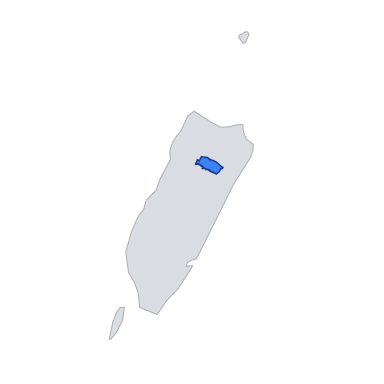 location of Lares, Puerto Rico, rotated 115°
{"feature_id": "32010507B37684321987765", "entity_name": "Lares", "entity_type": "district", "adm_level": 2, "iso_a3": "PRI", "parent_name": "Puerto Rico", "parent_adm1": "", "projection": "orthographic", "projection_center": [-66.852, 18.269], "detail": "fine", "context": "in_parent", "style": "filled", "palette": "blue", "viewbox_px": 384, "rotation_deg": 115, "n_neighbors": 0, "source": "geoboundaries", "source_scale": "gbopen_adm2", "svg_char_len": 3156}
<svg xmlns="http://www.w3.org/2000/svg" viewBox="0 0 384 384"><g transform="rotate(115 192 192)"><path d="M253.9,163.7L257.8,166.3L261.7,165.9L258.6,160.4L261.4,160.4L285.8,163.7L301.5,169.2L317.7,171.8L318.8,190.5L306.4,198.0L298.3,205.9L291.8,215.5L274.4,226.7L253.4,230.1L239.4,230.5L234.2,230.1L229.1,228.3L218.5,230.1L205.5,225.2L194.3,226.5L172.1,225.3L163.8,229.6L155.8,230.5L148.0,229.7L141.3,227.8L124.9,228.0L117.9,224.3L120.8,203.0L121.1,193.4L117.1,185.5L112.6,180.5L109.4,174.6L115.9,170.7L121.2,165.0L122.9,156.5L128.7,154.4L135.5,153.5L166.9,157.5L246.4,159.6L250.9,160.2L253.9,163.7ZM343.8,208.7L333.8,209.6L327.3,208.5L325.1,204.6L337.2,200.7L351.3,201.2L359.4,203.3L360.5,204.8L343.8,208.7ZM31.7,215.1L30.6,215.3L29.4,215.1L28.8,214.7L28.0,213.5L24.4,211.5L23.5,209.6L24.4,207.7L25.9,206.9L33.2,206.7L34.0,206.9L35.5,208.3L35.5,209.3L34.8,210.2L33.5,212.5L32.9,213.1L32.5,213.7L32.3,214.8L31.7,215.1Z" fill="#d9dde1" stroke="#a8b0b8" stroke-width="1"/><path d="M165.2,180.2L165.4,178.8L165.4,178.6L165.5,177.5L164.9,177.3L163.9,176.8L163.1,176.5L162.6,176.4L162.4,176.1L162.0,176.1L161.8,175.9L161.6,175.9L160.5,175.8L159.4,175.8L159.2,175.7L158.8,175.7L158.7,175.7L158.5,175.4L158.3,175.2L158.3,174.9L158.1,174.6L157.7,174.5L157.6,174.3L157.4,174.3L156.9,174.2L156.7,174.3L156.8,174.4L156.8,174.5L156.3,176.7L156.1,177.6L155.2,180.3L155.2,180.7L155.1,181.2L154.5,182.9L154.5,183.7L154.5,183.9L154.6,184.2L154.5,185.7L154.5,186.2L154.8,186.9L154.7,187.7L154.9,188.3L154.8,188.6L154.7,189.6L154.9,189.6L155.1,189.8L154.9,189.9L154.8,190.3L154.9,190.5L154.7,190.8L154.7,191.1L154.4,191.4L154.3,191.8L154.2,192.3L154.3,192.9L155.2,195.6L156.1,198.4L156.5,198.4L158.9,198.4L159.0,198.5L159.5,198.4L159.9,198.4L160.1,198.5L160.4,198.5L160.4,198.8L160.6,198.8L160.4,199.2L160.6,199.2L160.6,199.6L160.8,199.8L160.8,200.0L160.6,200.0L160.6,200.3L160.7,200.2L161.1,200.3L161.2,200.5L161.3,200.4L161.4,200.5L161.7,200.5L162.0,200.6L162.6,200.5L163.0,200.5L163.9,200.7L164.4,200.7L164.6,200.6L164.9,200.7L165.1,200.6L165.1,200.4L165.3,200.4L165.4,200.2L165.1,200.1L165.1,199.9L165.1,199.7L164.9,199.5L164.5,199.4L164.3,199.1L164.1,199.0L164.2,198.8L163.9,198.6L164.0,198.4L164.0,198.0L163.8,197.7L164.3,197.5L164.4,197.3L164.1,196.9L164.2,196.5L164.2,196.3L164.1,195.7L163.9,195.5L164.1,195.4L164.4,194.7L164.2,194.7L164.1,194.3L164.2,194.0L164.4,193.9L164.6,193.9L164.8,194.0L164.8,193.6L164.7,193.3L164.4,193.2L164.3,192.9L164.8,192.4L165.3,192.3L165.6,192.4L166.0,192.5L166.3,192.6L166.4,192.1L166.0,191.8L165.6,191.4L165.6,191.2L165.5,190.9L165.3,190.8L165.1,190.8L165.1,190.3L165.2,190.1L165.1,189.9L165.1,189.6L165.3,189.5L165.2,189.4L165.2,189.1L165.0,188.6L165.2,188.3L165.4,188.3L165.2,188.1L165.3,187.7L164.9,187.4L164.9,187.2L165.1,186.9L165.0,186.5L165.1,186.3L164.7,186.3L164.7,186.1L164.6,185.9L164.9,185.6L164.7,185.5L164.9,185.3L164.6,185.3L164.8,185.2L164.9,184.8L165.0,184.7L165.2,184.4L165.3,184.1L165.4,183.9L165.2,183.9L165.2,183.5L165.1,183.2L165.5,182.8L165.4,182.6L165.3,182.0L165.4,181.9L165.1,181.7L165.1,181.4L165.6,180.8L165.4,180.6L165.4,180.3L165.2,180.2Z" fill="#3b82f6" stroke="#1e3a8a" stroke-width="1.5"/></g></svg>